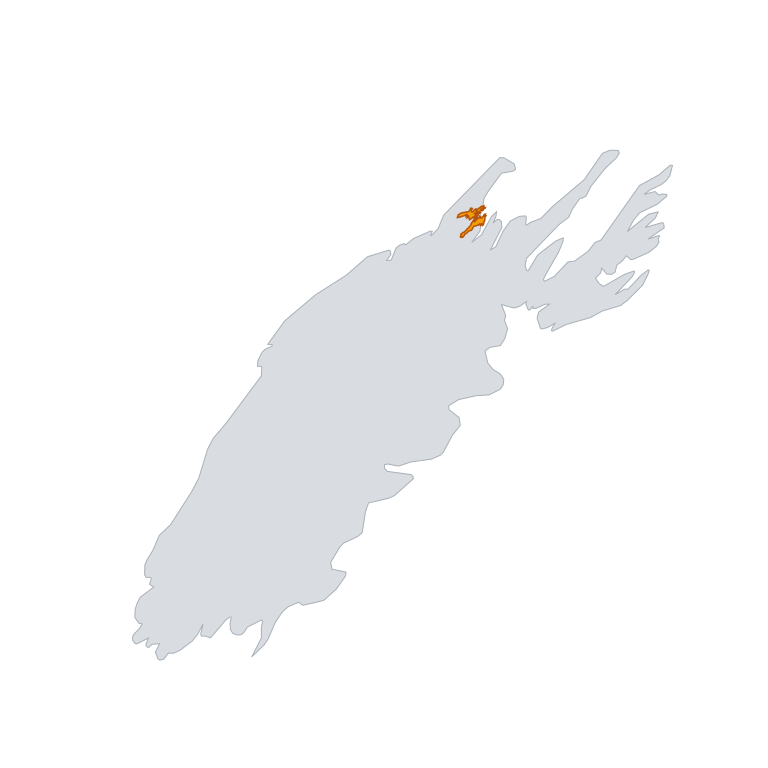 Reykjavíkurborg, Reykjavík, Iceland (highlighted), rotated 136°
{"feature_id": "244011B48219786980381", "entity_name": "Reykjavíkurborg", "entity_type": "district", "adm_level": 2, "iso_a3": "ISL", "parent_name": "Iceland", "parent_adm1": "Reykjavík", "projection": "equal_earth", "projection_center": [-21.784, 64.152], "detail": "fine", "context": "in_parent", "style": "filled", "palette": "amber", "viewbox_px": 768, "rotation_deg": 136, "n_neighbors": 0, "source": "geoboundaries", "source_scale": "gbopen_adm2", "svg_char_len": 8748}
<svg xmlns="http://www.w3.org/2000/svg" viewBox="0 0 768 768"><g transform="rotate(136 384 384)"><path d="M607.8,290.4L615.3,290.7L627.3,288.2L644.5,281.1L651.8,279.6L668.7,279.6L648.6,286.5L641.4,294.0L636.0,297.7L636.1,299.4L651.0,304.0L657.8,302.5L660.9,303.0L663.8,305.2L666.0,309.5L665.1,314.0L661.2,318.6L655.8,322.3L656.6,323.5L661.2,324.2L685.0,321.9L688.1,327.4L690.4,329.3L689.8,331.2L680.8,337.1L691.7,333.4L700.5,332.3L715.8,334.2L722.2,336.4L726.1,340.2L733.6,339.0L737.2,341.2L737.5,343.5L734.6,349.9L725.8,353.1L731.6,357.8L736.1,357.9L737.0,358.9L736.7,361.7L730.0,364.9L741.8,368.6L743.3,369.9L742.9,374.0L741.1,376.4L737.8,377.8L729.5,378.0L724.6,379.5L726.5,382.1L725.4,389.2L719.3,394.9L713.4,398.0L707.5,400.0L690.8,397.8L691.8,402.8L686.1,405.9L687.4,408.5L689.5,409.8L688.7,413.1L681.6,420.0L676.4,422.2L665.8,424.9L650.8,431.2L635.2,431.1L597.4,440.1L582.5,445.0L556.1,459.7L544.8,463.5L525.3,465.4L466.7,475.0L460.3,480.9L460.0,482.1L462.7,484.4L458.4,488.5L449.6,491.5L445.4,491.5L438.0,489.0L437.1,490.2L440.1,493.3L411.3,498.4L371.2,495.7L335.7,488.5L307.5,487.0L287.6,477.0L287.1,475.4L289.1,472.4L296.3,471.1L292.8,468.1L280.9,473.4L277.1,473.2L271.9,471.0L271.7,469.0L261.8,468.2L244.5,461.8L243.2,460.4L247.3,458.3L246.5,457.9L237.2,458.2L223.7,464.0L143.3,466.4L140.6,463.3L137.4,451.9L140.2,447.1L143.5,447.5L152.9,454.0L174.4,450.4L183.1,448.0L191.2,441.8L195.8,439.8L202.4,432.0L209.0,427.2L222.6,424.9L210.4,423.6L190.2,429.8L183.4,429.8L186.6,427.1L193.5,424.0L188.7,423.8L186.9,422.4L186.7,419.5L190.3,414.8L214.1,406.6L208.5,405.0L192.0,411.3L179.9,413.5L170.2,410.6L165.5,406.7L165.8,405.0L171.5,400.1L170.6,399.1L166.7,398.6L156.1,394.1L139.4,394.6L98.0,391.9L66.7,398.2L59.2,395.3L53.1,389.1L54.5,386.6L59.9,385.2L75.2,385.4L97.7,382.5L108.0,378.9L112.0,379.8L113.9,381.5L127.7,378.8L135.1,375.6L147.5,377.1L194.2,375.4L200.2,371.3L202.6,366.3L201.6,365.3L184.4,369.9L180.5,369.8L160.7,367.4L153.6,364.6L155.9,362.4L166.4,357.7L193.2,349.9L196.9,348.3L197.3,346.4L186.7,343.1L166.7,344.0L161.6,340.0L144.9,337.7L133.8,339.2L127.9,336.8L62.3,349.3L41.1,343.5L26.0,342.6L24.7,340.8L33.6,335.3L39.7,334.3L45.8,334.8L57.3,338.6L65.3,339.8L55.4,334.2L55.0,328.8L51.9,327.4L48.9,323.9L50.2,322.7L62.2,323.4L81.3,329.6L90.7,328.5L103.0,324.6L75.6,322.3L67.3,317.4L73.4,314.9L87.5,315.2L71.9,306.9L71.2,305.4L73.9,301.7L93.6,304.9L83.3,300.0L83.0,298.9L86.0,298.0L87.6,295.0L92.6,293.8L102.5,294.8L117.9,300.5L120.1,302.1L120.7,307.9L126.7,307.0L134.0,307.8L140.0,303.9L144.1,304.8L147.4,308.3L146.9,316.1L151.1,313.4L158.3,313.2L159.5,306.8L158.2,301.7L134.7,295.8L125.5,291.5L126.5,290.1L131.1,288.8L155.7,287.7L145.2,285.2L142.6,282.7L124.0,283.6L114.6,282.6L114.4,281.3L118.2,279.4L129.5,275.4L150.9,275.1L159.6,276.2L176.2,284.8L189.4,288.4L211.7,300.3L225.9,304.8L226.6,306.0L224.2,307.4L218.8,309.0L227.2,311.0L232.4,314.1L232.7,315.5L228.1,325.1L222.7,328.3L209.5,326.5L212.7,329.5L222.1,332.8L224.3,334.7L222.9,336.5L227.4,335.9L228.8,336.9L226.7,342.5L224.4,344.5L232.3,345.6L237.7,348.3L244.4,359.5L247.9,350.9L249.7,347.8L252.9,346.6L256.7,337.9L265.5,332.7L273.7,330.8L282.3,336.8L288.5,337.5L294.8,326.8L295.5,319.0L293.4,310.4L294.5,304.3L298.6,300.7L304.1,299.5L316.0,303.2L326.0,311.7L341.1,320.9L351.5,323.3L353.3,323.0L355.0,319.9L353.3,307.7L357.9,301.3L370.1,299.7L388.5,293.8L392.8,293.6L402.0,297.0L418.7,309.2L430.6,314.9L437.0,324.0L439.8,325.7L442.2,322.8L442.3,318.8L427.5,300.0L427.3,297.5L428.6,295.5L454.0,296.5L459.8,298.5L477.8,309.2L486.3,304.8L503.0,292.2L508.9,292.6L523.8,297.7L529.6,297.3L546.5,292.7L550.0,286.9L542.0,275.0L545.0,272.6L560.7,269.6L577.8,270.2L596.1,281.2L597.1,286.4L607.8,290.4Z" fill="#d9dde1" stroke="#a8b0b8" stroke-width="1"/><path d="M226.3,435.8L226.0,435.6L225.9,435.1L224.7,434.8L222.6,435.3L222.2,435.3L221.9,435.5L221.5,435.7L221.2,435.5L219.1,435.0L217.5,435.2L216.6,435.1L216.3,435.0L214.7,434.0L213.7,434.1L212.8,434.0L212.7,434.1L212.7,434.3L212.5,434.5L211.4,434.7L210.1,435.0L209.9,435.0L207.5,433.7L206.5,433.3L206.2,433.0L205.8,432.9L204.6,432.9L204.0,432.6L204.2,432.4L204.2,432.2L203.6,432.0L204.6,431.4L204.6,431.0L203.3,431.0L202.9,430.9L203.0,430.8L202.9,430.7L202.6,430.8L201.8,430.7L201.4,430.8L201.0,430.7L200.9,430.5L201.0,430.4L201.2,430.2L201.4,430.1L202.0,429.9L201.7,429.8L201.8,429.7L201.4,429.8L201.2,430.1L200.8,430.3L200.6,430.4L200.4,430.6L199.6,430.9L199.6,431.1L199.3,431.3L198.5,431.4L198.4,431.5L197.9,431.6L197.8,431.8L197.5,432.0L197.3,432.2L197.3,432.4L196.4,433.0L196.1,433.5L195.5,433.8L195.0,434.2L195.1,434.5L194.8,435.1L194.0,435.2L193.5,435.1L193.1,435.1L193.8,435.2L194.3,435.6L193.4,435.7L193.0,435.8L193.2,436.0L193.4,436.0L193.6,436.2L194.0,436.2L194.3,436.0L194.7,436.1L194.8,436.2L195.1,436.2L195.8,435.9L195.7,435.9L195.8,435.7L196.2,435.6L196.8,435.5L197.1,435.6L197.1,435.4L197.4,435.4L197.9,435.4L198.9,435.8L199.1,436.0L199.2,436.3L199.4,436.6L199.0,437.4L198.8,437.5L198.4,437.5L198.5,437.8L199.1,437.8L200.4,437.5L200.9,437.6L201.6,437.9L202.6,438.1L205.6,437.7L206.1,437.8L206.3,438.0L206.0,438.2L206.1,438.3L206.0,438.1L205.7,438.2L205.7,438.3L204.2,438.4L204.2,438.5L203.9,438.7L203.1,438.6L202.3,438.7L202.2,438.8L203.0,439.4L202.7,439.5L202.2,439.9L201.8,440.0L202.3,440.3L202.6,440.3L202.7,440.0L202.8,439.9L203.6,440.1L204.7,440.0L204.9,439.8L205.7,439.5L206.4,439.6L207.8,439.2L208.9,439.0L209.3,438.8L209.9,438.8L210.1,438.7L210.2,438.4L210.7,438.3L211.2,438.0L212.2,437.9L213.2,437.9L213.4,437.8L214.1,437.8L214.7,437.6L215.7,437.8L216.5,437.9L217.0,437.7L217.7,437.6L218.0,437.6L220.1,437.6L220.9,437.5L221.3,437.7L221.3,437.8L221.2,437.8L221.3,437.9L221.4,438.0L221.7,438.2L222.2,438.1L223.1,438.3L223.4,438.2L223.7,438.2L223.9,438.3L223.9,438.2L224.2,438.2L224.3,438.2L224.9,438.0L224.9,437.9L225.3,437.8L225.3,437.7L225.5,437.6L225.5,437.4L226.1,437.1L226.6,437.0L226.7,436.8L226.4,436.6L226.3,436.4L226.1,436.3L226.6,436.0L226.3,435.8ZM203.8,441.0L202.3,441.6L202.2,441.6L201.7,441.6L201.0,441.6L200.8,441.6L201.0,441.4L200.9,441.3L201.4,441.3L201.5,441.0L201.4,440.9L201.6,440.8L199.9,440.2L199.0,440.3L198.9,440.3L198.5,440.5L199.1,440.9L199.1,441.0L200.9,441.3L200.9,441.5L200.7,441.6L200.4,441.5L199.4,441.8L199.2,441.7L198.8,441.6L199.0,441.8L198.6,442.0L198.9,442.1L198.7,442.5L198.8,443.1L199.2,443.1L199.5,443.3L200.8,443.6L200.6,443.8L199.6,443.6L199.3,443.3L198.9,443.3L199.0,443.2L198.5,443.2L198.5,443.3L198.1,443.5L197.9,443.3L197.9,443.6L197.7,443.8L197.4,443.9L197.7,443.8L197.8,443.5L197.5,443.6L197.3,443.9L197.2,443.8L197.3,443.7L197.7,443.4L197.8,443.3L197.7,443.3L197.8,443.3L197.7,443.4L197.2,443.6L197.4,443.3L197.7,443.2L197.7,442.6L197.6,442.4L197.0,442.0L196.4,442.2L196.2,442.0L196.5,441.9L195.9,441.6L195.7,441.6L195.9,441.5L195.7,441.6L195.4,441.6L194.5,441.8L194.3,441.9L194.4,442.0L194.0,442.2L192.6,442.4L191.6,442.1L191.5,441.9L191.4,441.9L191.5,442.0L191.3,442.1L191.1,442.0L190.7,442.0L190.9,441.9L190.6,442.0L190.3,441.9L190.5,441.8L190.7,441.7L190.8,441.8L190.8,441.7L191.0,441.7L191.4,441.9L191.0,441.5L191.0,441.4L191.7,441.3L191.0,441.2L190.5,441.3L189.9,441.6L190.0,441.8L189.6,442.0L188.8,442.1L188.2,442.0L188.5,442.2L188.4,442.5L188.8,442.6L188.7,442.7L188.8,442.7L189.2,442.8L189.4,443.2L189.6,443.4L189.7,443.7L190.1,443.8L190.3,444.0L190.8,444.0L191.1,444.3L191.7,444.2L193.1,444.3L193.5,444.4L193.6,444.6L194.0,444.5L197.1,444.6L197.1,444.8L197.3,444.8L197.2,445.1L196.9,445.3L197.0,445.3L196.1,445.5L196.3,446.0L197.9,446.6L199.4,446.0L201.0,446.1L201.3,446.0L200.6,446.3L201.3,447.0L201.2,447.1L201.1,447.6L200.5,448.0L200.2,448.2L198.5,448.9L199.5,450.3L200.7,449.7L203.2,449.1L209.5,453.3L212.9,454.1L215.6,452.8L214.5,452.0L209.5,449.4L206.7,448.5L208.3,447.5L208.7,447.4L208.8,447.3L208.4,447.2L206.7,446.8L206.6,446.6L206.5,446.4L206.9,446.2L207.1,446.0L208.2,445.7L207.0,445.4L207.9,443.4L208.0,443.4L208.0,443.0L208.9,442.7L206.3,442.3L205.5,442.2L204.1,442.3L203.5,441.8L203.6,441.7L203.9,441.5L203.8,441.4L203.8,441.2L203.8,441.0ZM195.5,440.2L195.3,440.3L195.5,440.5L196.4,440.7L196.4,440.8L196.1,441.1L196.9,441.3L197.0,441.6L197.4,441.6L197.5,441.7L198.1,441.6L198.0,441.3L196.6,440.7L196.7,440.4L196.3,440.2L195.5,440.2ZM200.8,439.3L200.6,439.4L201.0,439.6L200.7,439.8L200.9,439.9L201.2,439.9L201.3,439.7L201.9,439.6L201.6,439.4L200.8,439.3ZM193.1,441.0L193.1,440.7L192.6,440.3L192.1,440.1L191.9,440.2L191.9,440.3L192.0,440.4L192.9,440.8L193.1,441.0ZM189.5,440.4L189.2,440.2L189.0,440.3L189.4,440.4L189.5,440.5L189.4,440.5L189.6,440.7L189.6,440.4L189.5,440.4ZM193.8,434.1L193.5,434.1L193.2,434.4L193.7,434.2L193.8,434.1ZM198.3,439.3L198.0,439.3L198.5,439.4L198.3,439.3ZM189.9,441.2L189.7,441.3L189.8,441.4L189.9,441.2ZM203.1,441.2L202.9,441.1L203.1,441.2Z" fill="#f59e0b" stroke="#b45309" stroke-width="1.5"/></g></svg>